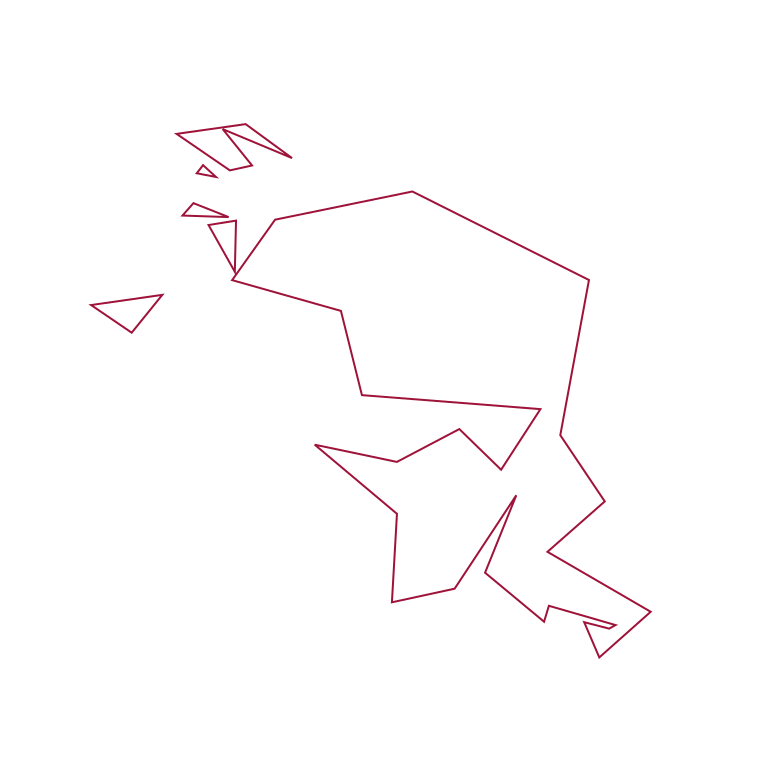 SVG path tracing the border of Papua Barat, rotated 10°
{"feature_id": "IDN-1933", "entity_name": "Papua Barat", "entity_type": "Province", "adm_level": 1, "iso_a3": "IDN", "parent_name": "Indonesia", "parent_adm1": "", "projection": "orthographic", "projection_center": [132.375, -1.612], "detail": "coarse", "context": "isolated", "style": "outline", "palette": "rose", "viewbox_px": 768, "rotation_deg": 10, "n_neighbors": 0, "source": "natural_earth", "source_scale": "10m", "svg_char_len": 769}
<svg xmlns="http://www.w3.org/2000/svg" viewBox="0 0 768 768"><g transform="rotate(10 384 384)"><path d="M643.5,615.9L622.5,583.8L648.2,585.8L653.9,581.2L584.9,573.8L582.9,590.3L516.3,552.3L533.6,470.6L489.1,573.3L429.7,597.6L419.3,509.6L326.3,455.8L410.2,458.5L466.0,415.3L514.2,448.1L542.4,381.6L364.2,398.8L328.9,319.5L216.4,308.1L248.2,241.1L378.5,189.5L567.8,246.0L566.5,403.8L621.8,461.3L574.1,520.9L686.2,562.0L643.5,615.9ZM254.2,177.5L180.9,161.0L216.1,191.7L195.1,200.4L136.3,173.7L202.6,152.1L254.2,177.5ZM150.2,334.7L126.6,377.3L81.8,357.1L150.2,334.7ZM209.9,248.8L217.6,299.4L183.6,257.9L209.9,248.8ZM164.9,239.0L202.0,246.6L156.3,253.1L164.9,239.0ZM167.8,199.9L182.6,209.3L163.0,209.0L167.8,199.9Z" fill="none" stroke="#9f1239" stroke-width="2"/></g></svg>